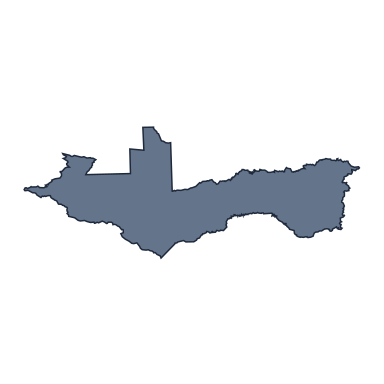 Vilhena, Rondônia, Brazil (Natural Earth projection), rotated 89°
{"feature_id": "56859067B73787435299073", "entity_name": "Vilhena", "entity_type": "district", "adm_level": 2, "iso_a3": "BRA", "parent_name": "Brazil", "parent_adm1": "Rondônia", "projection": "natural_earth1", "projection_center": [-60.258, -12.124], "detail": "fine", "context": "isolated", "style": "filled", "palette": "slate", "viewbox_px": 384, "rotation_deg": 89, "n_neighbors": 0, "source": "geoboundaries", "source_scale": "gbopen_adm2", "svg_char_len": 6005}
<svg xmlns="http://www.w3.org/2000/svg" viewBox="0 0 384 384"><g transform="rotate(89 192 192)"><path d="M186.7,359.8L187.8,359.0L187.5,355.8L190.0,351.3L190.0,349.7L190.6,348.2L192.3,347.1L194.9,343.1L193.5,341.8L193.9,340.4L193.4,339.5L193.9,338.4L193.1,336.1L193.2,333.7L195.1,333.1L196.5,331.3L196.6,330.6L197.6,329.7L198.4,327.5L201.8,325.7L202.0,322.8L203.0,321.7L203.5,320.0L204.6,319.1L205.1,317.4L205.8,316.9L207.8,317.4L209.2,317.1L210.0,316.4L211.4,317.3L212.5,316.0L214.2,315.7L215.7,309.8L218.4,306.3L219.0,304.1L218.6,299.9L219.7,297.5L220.7,293.9L220.4,290.5L221.5,290.1L221.6,289.7L220.6,287.3L221.2,285.9L219.6,282.3L220.4,280.2L222.0,278.0L221.9,277.3L220.7,276.3L220.8,273.0L221.7,271.9L223.3,271.6L223.0,270.2L223.4,268.5L224.7,267.0L225.4,265.3L228.5,263.0L228.3,261.9L228.7,261.4L231.5,261.4L232.4,263.9L235.5,262.5L238.0,259.5L240.2,255.6L242.2,253.2L242.6,251.1L241.9,248.0L245.5,245.3L247.4,244.5L248.8,242.8L249.3,238.9L249.0,236.6L250.0,234.9L250.3,233.1L251.4,231.5L252.1,231.4L252.0,229.7L253.8,228.1L255.3,224.9L257.5,224.1L243.5,210.0L242.9,210.0L242.6,208.0L241.7,207.0L240.4,201.3L241.8,199.0L241.8,191.0L240.2,188.3L238.8,187.6L238.1,185.3L235.2,183.4L235.0,182.4L233.9,182.0L234.0,181.1L232.9,178.5L231.7,177.9L232.3,175.9L233.3,174.8L233.1,173.8L231.8,172.5L232.2,171.9L232.8,172.1L232.6,169.2L230.8,167.9L231.5,165.8L231.3,164.7L230.7,164.1L231.1,161.2L227.6,157.8L226.0,158.5L225.7,158.2L224.8,158.5L224.1,157.8L222.3,158.3L219.4,156.5L219.5,155.4L218.3,154.1L219.0,153.4L218.6,152.9L217.9,153.3L217.4,152.5L216.9,152.8L217.1,151.2L216.7,151.0L216.3,149.3L215.4,150.0L215.4,149.4L216.5,148.5L216.1,146.9L217.0,146.6L216.3,146.3L216.5,144.9L216.0,144.6L216.3,143.8L216.9,144.1L216.7,143.3L215.4,142.9L216.1,142.5L215.7,141.5L216.3,141.3L215.3,141.1L215.3,140.5L216.0,140.0L215.5,139.6L215.6,138.6L215.0,138.6L215.5,136.5L215.0,136.4L214.4,133.7L214.8,132.6L213.7,131.1L214.4,130.1L214.2,127.8L213.6,126.7L214.1,126.2L214.5,123.8L214.5,122.8L214.1,122.5L214.2,121.1L215.0,120.8L214.6,112.6L215.0,111.9L217.1,112.4L216.2,111.0L217.3,111.2L217.4,110.8L216.6,109.9L218.0,109.6L217.2,108.8L217.6,107.8L218.2,108.6L218.6,108.4L221.9,105.6L223.8,102.1L225.6,100.8L225.7,100.4L225.1,100.2L225.2,98.6L226.6,99.2L227.1,98.0L228.0,97.7L229.5,95.9L231.0,95.1L232.3,90.6L235.2,90.3L236.0,89.7L236.7,88.2L237.4,88.4L238.4,86.9L239.2,84.6L238.9,84.0L239.3,81.3L238.7,79.1L239.0,78.3L238.7,77.8L239.6,76.9L239.2,74.0L238.3,71.7L235.3,70.6L234.3,69.2L234.1,66.7L233.1,65.1L233.2,63.1L231.4,60.2L231.1,57.7L231.5,55.8L232.0,55.8L232.2,55.1L233.2,55.0L233.7,53.7L232.8,52.3L231.6,52.2L229.4,48.1L231.0,47.4L230.5,46.3L231.7,46.3L232.1,43.8L230.8,42.6L230.2,44.0L229.7,44.2L227.5,43.8L227.1,42.9L227.1,44.0L226.2,45.0L225.0,44.4L224.4,43.0L223.5,44.0L220.7,44.2L219.6,41.2L218.3,40.0L217.8,40.3L217.9,41.6L216.9,42.1L215.8,41.8L214.8,40.8L213.8,41.5L212.5,40.6L211.8,40.7L211.0,41.3L210.5,40.5L209.8,40.6L208.7,39.9L205.6,41.1L204.8,42.5L203.3,42.4L202.4,41.5L200.2,41.3L198.8,39.7L195.3,39.6L194.7,40.3L193.5,39.2L193.8,37.4L193.3,35.1L192.1,35.4L190.9,34.1L189.9,35.1L188.8,35.3L186.7,37.9L184.9,36.8L185.7,37.9L185.1,40.3L185.4,41.0L184.8,41.7L182.1,40.3L181.7,39.6L180.2,39.9L179.4,39.4L178.8,37.4L177.8,35.9L177.3,36.2L176.5,35.6L176.9,32.6L176.5,32.1L174.4,31.2L173.6,31.9L172.4,31.9L173.5,28.1L172.0,26.9L171.8,25.1L170.8,24.2L169.7,25.0L170.1,29.1L168.8,32.5L165.5,35.2L164.0,35.5L163.8,36.8L164.3,38.0L163.9,39.3L164.7,40.2L163.5,42.1L162.1,42.8L163.1,44.8L161.9,45.9L161.2,45.7L161.5,46.7L162.9,46.8L163.3,47.7L162.8,48.6L162.8,51.7L162.3,52.6L161.5,52.9L161.5,55.3L160.9,57.6L161.5,58.6L162.0,61.6L162.5,61.7L162.1,63.3L162.7,64.4L163.8,65.1L164.4,66.2L164.3,66.7L166.8,67.9L167.7,69.0L166.5,70.9L167.0,71.8L166.5,72.8L166.7,75.0L166.2,77.1L167.5,77.5L167.3,79.1L167.7,80.2L168.7,80.2L170.6,78.7L170.4,80.4L171.0,82.6L172.4,84.8L172.0,85.0L172.2,85.5L172.9,85.8L172.7,87.1L173.1,87.2L173.1,88.3L173.6,88.5L173.4,89.8L173.9,90.2L173.5,91.8L170.5,93.2L170.0,96.0L169.2,97.2L172.4,99.3L173.3,99.1L173.5,99.9L172.5,101.5L173.1,102.5L172.6,104.2L173.2,105.4L171.8,109.0L172.9,109.5L173.7,109.3L173.2,110.5L173.8,113.4L173.6,116.1L172.7,116.7L171.4,118.8L171.4,122.5L171.1,122.3L170.6,123.7L172.2,124.4L172.5,125.2L172.0,127.8L170.8,129.1L171.3,129.9L172.5,128.9L173.3,129.8L173.0,130.7L174.2,130.8L175.1,131.6L174.6,132.1L173.2,131.9L173.0,133.2L174.3,133.6L173.8,134.4L172.7,133.9L171.5,136.2L171.1,136.1L171.3,138.7L170.5,139.8L170.4,141.5L171.6,142.1L172.6,144.2L173.1,144.3L173.7,145.2L175.0,145.7L174.1,147.4L174.3,147.8L175.9,148.1L177.8,149.9L178.3,150.8L177.9,150.8L177.9,151.3L179.3,152.5L179.8,152.1L181.1,153.5L180.3,154.0L180.1,155.0L181.6,157.6L181.5,159.1L181.9,159.0L181.5,161.0L181.9,162.3L181.6,163.7L184.3,165.8L184.7,167.3L183.1,168.5L182.4,170.1L180.0,171.9L180.6,174.3L181.2,175.0L181.0,176.7L181.5,177.3L181.6,181.1L183.3,183.2L182.8,184.2L186.5,188.1L187.8,191.9L188.0,193.4L189.5,196.1L189.2,199.1L190.2,203.0L189.9,206.8L190.7,208.8L190.1,209.6L190.9,211.2L190.8,211.8L142.3,212.5L142.7,214.6L142.3,217.4L140.8,219.6L140.3,221.7L133.2,224.5L132.6,225.8L131.1,226.2L128.9,228.5L127.6,229.3L126.5,229.3L126.5,240.0L149.4,239.4L147.9,253.4L172.5,253.2L172.8,297.9L170.0,296.5L168.8,294.8L166.3,293.2L165.6,292.0L164.2,291.8L163.5,291.1L161.3,291.2L160.5,289.4L159.6,289.7L158.0,287.6L156.5,290.4L156.5,292.3L155.9,292.9L156.2,296.5L154.8,299.5L155.3,301.8L153.4,309.1L154.3,310.6L154.3,312.1L153.2,313.6L151.3,320.6L152.5,320.0L154.2,317.0L155.5,317.7L156.2,320.1L159.1,315.7L160.2,315.5L161.4,316.8L162.5,316.8L165.0,314.2L165.1,316.9L165.9,318.6L169.1,321.6L169.3,323.4L169.9,323.4L171.0,322.2L173.7,322.2L175.8,323.9L176.4,328.6L177.7,332.0L178.4,331.7L179.1,332.1L180.9,335.0L182.2,335.6L181.8,336.4L182.2,336.5L182.6,338.4L184.1,337.0L184.5,338.1L184.3,338.7L185.2,339.9L184.9,344.3L183.4,346.0L184.2,347.6L184.2,352.4L183.8,352.8L184.6,353.8L185.6,356.4L184.9,357.6L185.0,358.8L186.7,359.8Z" fill="#64748b" stroke="#1e293b" stroke-width="1.5"/></g></svg>